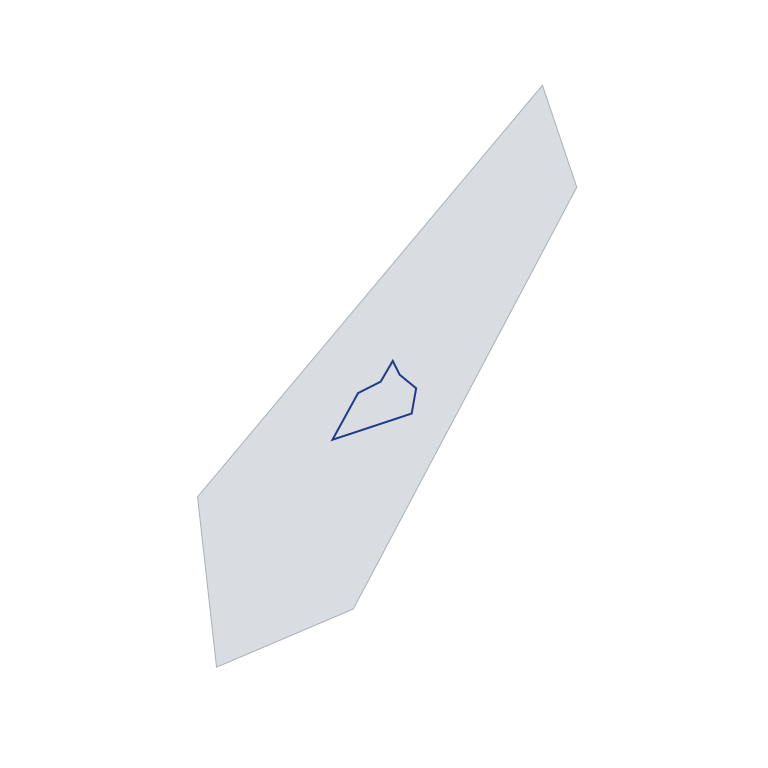 location of North Hill within Anguilla, rotated 150°
{"feature_id": "AIA-5118", "entity_name": "North Hill", "entity_type": "District", "adm_level": 1, "iso_a3": "AIA", "parent_name": "Anguilla", "parent_adm1": "", "projection": "robinson", "projection_center": [-63.07, 18.224], "detail": "fine", "context": "in_parent", "style": "outline", "palette": "blue", "viewbox_px": 768, "rotation_deg": 150, "n_neighbors": 0, "source": "natural_earth", "source_scale": "10m", "svg_char_len": 395}
<svg xmlns="http://www.w3.org/2000/svg" viewBox="0 0 768 768"><g transform="rotate(150 384 384)"><path d="M601.9,379.5L97.4,563.5L118.7,458.0L523.1,204.5L670.6,222.5L601.9,379.5Z" fill="#d9dde1" stroke="#a8b0b8" stroke-width="1"/><path d="M358.3,364.2L374.8,344.6L456.5,361.5L411.0,389.1L385.7,387.7L364.9,399.6L365.8,384.2L358.3,364.2Z" fill="none" stroke="#1e3a8a" stroke-width="2"/></g></svg>